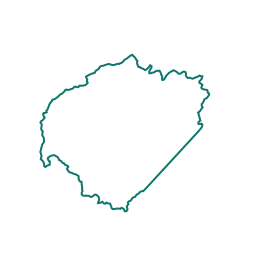 Itaju do Colônia, Bahia, Brazil, rotated 235°
{"feature_id": "56859067B77750533051521", "entity_name": "Itaju do Colônia", "entity_type": "district", "adm_level": 2, "iso_a3": "BRA", "parent_name": "Brazil", "parent_adm1": "Bahia", "projection": "mercator", "projection_center": [-39.711, -15.16], "detail": "fine", "context": "isolated", "style": "outline", "palette": "teal", "viewbox_px": 256, "rotation_deg": 235, "n_neighbors": 0, "source": "geoboundaries", "source_scale": "gbopen_adm2", "svg_char_len": 3971}
<svg xmlns="http://www.w3.org/2000/svg" viewBox="0 0 256 256"><g transform="rotate(235 128 128)"><path d="M185.3,173.6L185.9,171.9L185.8,170.5L185.7,168.8L185.6,166.9L185.7,165.4L185.9,164.2L185.3,162.8L185.1,161.1L185.1,159.7L185.5,158.5L185.7,157.3L186.6,156.0L187.1,154.5L187.4,153.2L188.1,151.9L189.4,150.6L190.8,149.6L191.7,148.8L192.1,147.2L192.7,145.5L193.2,143.4L194.3,141.3L194.0,139.3L193.3,138.3L193.2,137.1L193.4,135.4L193.2,133.9L192.3,132.6L192.9,130.6L193.5,128.8L193.9,126.1L194.1,124.5L194.0,122.9L192.6,122.6L191.0,122.4L189.8,121.0L188.2,121.0L187.8,119.5L187.6,117.6L188.6,115.3L189.6,113.7L190.5,112.5L190.0,111.0L190.7,109.7L191.8,108.9L192.5,107.5L192.0,105.6L192.4,104.1L192.9,102.4L193.5,100.7L194.6,99.7L195.2,98.8L194.5,97.0L194.1,94.9L194.0,93.5L194.3,92.0L194.0,89.8L193.7,87.8L193.7,86.1L193.8,84.0L194.6,82.3L193.7,81.2L193.5,79.8L193.0,78.7L192.4,77.1L191.5,75.9L190.5,74.4L189.3,72.7L188.9,70.9L187.5,70.4L187.7,69.1L188.7,67.6L188.0,66.4L186.8,66.0L185.6,65.6L184.3,65.7L183.6,63.7L183.3,61.8L183.4,60.4L182.5,59.3L180.8,59.6L179.6,58.8L178.4,57.6L177.2,56.4L175.6,56.0L174.2,56.3L172.7,54.7L171.2,53.6L169.4,53.5L168.0,53.2L166.4,52.3L164.8,51.3L164.3,49.8L163.6,48.2L162.6,47.1L161.6,45.7L160.2,44.4L159.4,43.3L158.5,42.4L156.8,41.9L155.6,41.5L154.2,40.8L152.6,38.7L150.2,39.2L148.4,39.2L146.5,38.5L144.9,37.5L143.4,37.9L143.6,39.5L143.3,41.1L142.8,42.8L144.1,43.8L145.4,44.8L146.4,44.2L147.9,44.5L149.0,44.7L149.5,45.7L149.5,47.3L149.5,48.8L148.8,50.3L148.2,51.8L147.3,52.5L145.9,53.0L144.9,53.5L143.3,53.7L141.3,53.2L139.8,54.1L138.4,54.4L137.0,54.4L135.7,55.4L134.4,55.2L132.8,56.0L131.8,56.8L130.5,56.9L130.2,55.8L129.4,54.4L127.5,54.6L126.2,54.3L125.0,55.0L123.4,56.2L122.3,56.9L121.1,57.6L120.0,58.6L118.5,59.3L117.2,59.9L115.9,59.4L114.5,58.3L112.9,57.9L111.5,58.1L110.7,59.1L109.6,58.5L108.1,57.6L106.5,56.8L105.1,56.2L104.2,55.1L102.6,54.7L101.5,53.0L100.2,52.0L98.9,52.1L97.5,53.2L96.9,54.5L96.0,55.6L94.8,57.1L92.9,57.9L92.3,59.2L92.4,60.9L92.4,62.8L91.3,63.8L89.8,64.2L88.2,64.4L86.7,63.7L85.6,63.2L84.8,61.7L83.6,60.4L83.0,61.7L82.5,63.1L82.3,64.7L80.0,65.0L79.0,66.0L79.3,67.5L77.8,68.3L77.1,69.2L76.0,70.0L74.7,69.5L73.1,69.2L71.8,68.6L70.4,68.9L69.4,70.3L68.8,71.8L68.1,73.2L67.3,74.3L66.2,75.2L66.4,76.9L64.8,77.8L63.1,78.1L61.8,77.5L60.8,78.8L61.0,80.2L62.3,81.3L64.1,81.7L65.0,83.1L65.4,84.6L67.1,85.2L67.4,86.6L67.0,88.0L67.2,89.3L67.8,90.8L68.2,91.9L67.9,93.1L67.6,94.4L68.2,95.8L68.4,97.5L68.2,99.3L68.7,100.9L68.4,102.9L67.5,104.2L68.6,109.7L81.4,167.9L81.7,169.3L85.1,184.7L86.2,188.6L87.0,189.8L88.1,190.8L89.5,190.7L89.9,189.2L90.7,188.1L92.1,188.6L92.6,190.2L92.7,191.7L94.2,192.0L95.6,192.7L96.9,193.1L98.2,193.4L99.2,194.1L100.5,194.3L100.4,195.5L100.7,197.1L101.2,198.3L101.7,199.5L102.2,201.0L103.6,201.0L105.2,202.0L105.8,203.8L106.5,205.4L107.6,206.8L107.6,208.4L107.3,209.7L107.7,210.9L108.1,212.1L108.7,213.6L109.9,214.2L111.2,213.6L112.4,214.3L113.6,214.6L114.6,213.8L116.0,212.3L117.5,211.3L118.9,211.1L119.7,212.1L120.6,213.6L122.5,213.2L123.8,212.4L125.2,213.0L125.6,214.9L125.8,216.1L126.5,217.3L127.8,218.5L128.4,217.4L129.9,216.7L130.1,214.5L130.5,213.0L130.9,211.2L131.2,209.4L132.6,208.2L134.0,207.1L134.6,205.7L136.3,205.3L137.9,205.6L139.4,206.7L140.5,207.2L141.7,206.5L142.5,205.5L142.5,203.9L142.4,202.2L143.3,200.7L144.9,200.3L146.7,199.8L147.9,199.2L149.2,198.4L149.3,196.7L149.6,194.9L149.6,193.1L149.3,191.4L149.0,189.6L148.4,188.5L147.7,186.9L147.0,185.3L147.5,183.7L148.8,184.0L150.1,185.4L151.3,185.8L152.8,185.8L154.7,186.5L156.9,186.7L157.6,185.3L158.4,184.4L158.7,182.7L158.6,181.1L159.6,179.3L159.8,177.7L160.7,176.9L161.7,177.4L162.8,178.9L163.4,180.5L164.1,182.0L165.3,182.8L166.7,182.1L166.1,180.6L165.7,179.1L165.6,178.0L165.3,176.5L165.7,175.2L167.0,174.7L168.7,173.8L170.1,172.8L171.2,172.7L172.0,171.6L173.5,171.9L174.8,172.1L176.8,173.2L177.7,174.3L179.2,173.9L181.0,174.2L182.2,174.1L183.6,173.6L185.3,173.6Z" fill="none" stroke="#0f766e" stroke-width="2"/></g></svg>